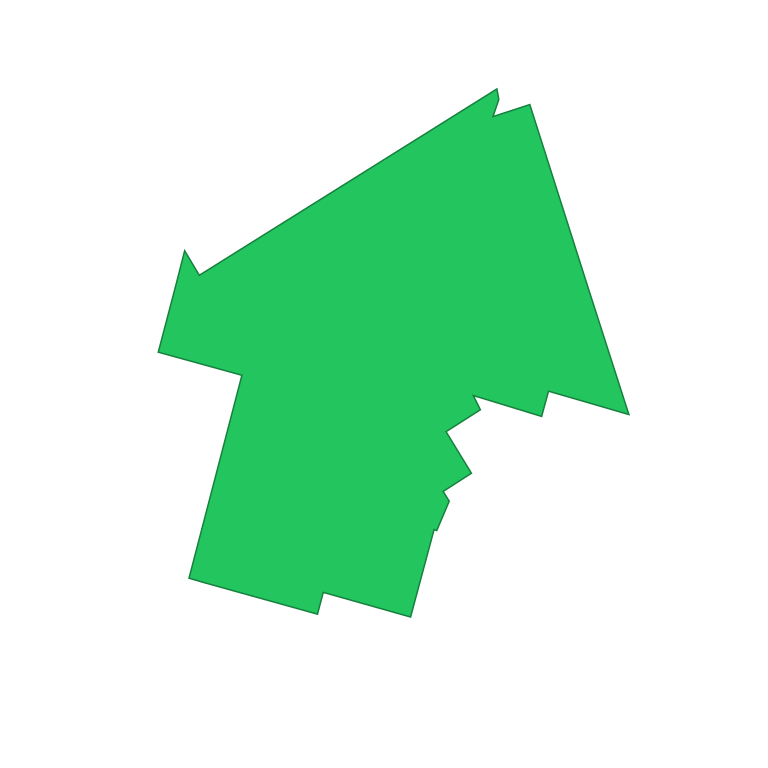 the district of Florentino Ameghino, Buenos Aires, Argentina, rotated 60°
{"feature_id": "61730980B69896756381715", "entity_name": "Florentino Ameghino", "entity_type": "district", "adm_level": 2, "iso_a3": "ARG", "parent_name": "Argentina", "parent_adm1": "Buenos Aires", "projection": "robinson", "projection_center": [-62.372, -34.887], "detail": "fine", "context": "isolated", "style": "filled", "palette": "green", "viewbox_px": 768, "rotation_deg": 60, "n_neighbors": 0, "source": "geoboundaries", "source_scale": "gbopen_adm2", "svg_char_len": 518}
<svg xmlns="http://www.w3.org/2000/svg" viewBox="0 0 768 768"><g transform="rotate(60 384 384)"><path d="M404.6,159.5L214.9,118.0L206.9,155.9L195.0,142.3L184.9,138.7L193.8,386.4L193.8,386.9L197.5,489.6L168.9,490.0L194.0,514.5L243.6,563.6L305.4,502.7L454.7,650.0L466.5,638.7L550.1,556.7L534.1,540.8L599.1,477.5L535.1,413.4L537.3,411.6L518.1,386.1L506.6,386.5L505.0,352.9L456.3,354.1L454.5,313.4L438.7,312.4L490.9,263.7L472.5,245.1L532.9,187.2L404.6,159.5Z" fill="#22c55e" stroke="#15803d" stroke-width="1.5"/></g></svg>